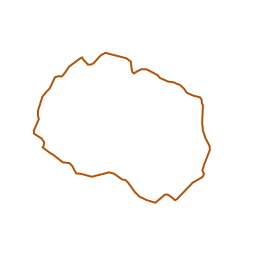 outline of North Macedonia, rotated 40°
{"feature_id": "MKD", "entity_name": "North Macedonia", "entity_type": "country or territory", "adm_level": 0, "iso_a3": "MKD", "parent_name": "Europe", "parent_adm1": "", "projection": "mercator", "projection_center": [21.64, 41.604], "detail": "fine", "context": "isolated", "style": "outline", "palette": "amber", "viewbox_px": 256, "rotation_deg": 40, "n_neighbors": 0, "source": "natural_earth", "source_scale": "50m", "svg_char_len": 1074}
<svg xmlns="http://www.w3.org/2000/svg" viewBox="0 0 256 256"><g transform="rotate(40 128 128)"><path d="M116.6,68.6L120.5,69.1L128.8,66.7L134.1,63.4L136.7,62.9L140.2,61.6L145.3,61.8L150.5,63.2L157.0,61.3L163.5,58.2L166.1,59.0L168.8,61.6L170.7,62.3L181.4,76.3L187.2,81.9L194.1,86.1L202.0,89.3L204.8,92.2L209.8,107.0L212.2,112.6L215.5,114.2L216.3,115.8L216.5,117.9L212.7,128.3L211.2,151.3L210.3,153.1L206.3,153.0L201.1,153.5L199.1,155.3L197.0,167.7L188.7,171.2L181.0,173.2L174.6,172.7L163.3,169.8L159.6,169.5L156.5,171.2L146.4,172.0L142.0,174.2L131.6,188.6L121.1,193.5L117.5,196.1L109.5,192.9L105.6,192.6L100.1,196.2L87.9,196.6L84.6,197.2L75.2,197.8L74.8,195.8L73.1,192.9L68.7,191.6L59.7,192.7L57.6,190.6L53.9,178.4L51.0,176.4L47.8,172.3L42.3,159.0L42.2,153.2L42.6,148.1L39.5,136.1L41.4,133.0L44.2,131.1L44.2,126.3L43.4,118.9L46.8,104.5L47.7,103.4L48.5,104.1L56.6,105.2L58.7,103.4L60.0,100.6L60.4,89.9L62.3,85.0L81.8,75.7L87.5,75.3L91.9,79.6L95.4,82.4L97.5,82.3L98.3,79.5L100.6,74.2L104.6,71.1L116.5,68.5L116.6,68.6Z" fill="none" stroke="#b45309" stroke-width="2"/></g></svg>